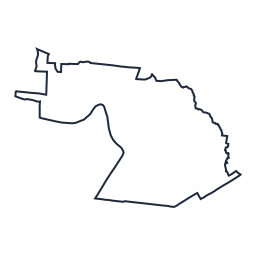 Macin, Tulcea, Romania
{"feature_id": "2599482B26463842882157", "entity_name": "Macin", "entity_type": "district", "adm_level": 2, "iso_a3": "ROU", "parent_name": "Romania", "parent_adm1": "Tulcea", "projection": "mercator", "projection_center": [28.155, 45.247], "detail": "fine", "context": "isolated", "style": "outline", "palette": "slate", "viewbox_px": 256, "rotation_deg": 0, "n_neighbors": 0, "source": "geoboundaries", "source_scale": "gbopen_adm2", "svg_char_len": 5514}
<svg xmlns="http://www.w3.org/2000/svg" viewBox="0 0 256 256"><path d="M95.1,198.4L97.7,198.8L100.5,199.0L105.5,199.8L108.1,199.9L113.0,200.7L123.2,201.8L124.7,201.2L162.0,205.4L168.2,206.0L169.1,206.2L170.2,206.5L170.7,206.6L171.3,206.6L171.8,206.7L174.0,206.9L175.7,206.2L176.6,205.7L179.4,203.8L185.2,200.2L189.8,197.3L195.9,193.7L197.3,193.0L199.2,196.5L200.7,199.0L201.0,198.8L201.9,198.3L202.9,197.9L204.5,197.0L206.4,195.6L207.6,195.0L208.4,194.5L209.0,194.1L210.3,193.6L211.2,193.1L213.8,191.5L214.3,191.2L215.0,190.8L216.9,189.4L217.9,188.8L222.6,185.9L227.6,183.0L230.7,181.1L233.6,179.3L236.1,177.7L240.1,175.1L240.4,174.8L240.6,174.5L238.5,173.3L236.1,171.0L231.5,174.2L230.2,174.9L228.9,175.6L227.9,174.2L227.8,173.8L227.8,173.6L227.8,173.3L227.7,173.0L227.4,172.4L227.2,172.0L226.9,171.6L226.6,171.4L226.4,171.4L226.2,171.4L225.9,171.3L225.9,171.2L225.9,170.7L226.0,170.3L226.0,169.9L226.0,169.5L225.8,168.7L225.3,166.5L225.1,165.9L225.0,165.2L225.0,164.7L225.2,163.7L227.2,162.9L226.8,162.1L225.7,162.1L225.8,161.3L226.0,160.6L226.6,159.8L226.9,159.4L227.1,159.0L227.4,158.5L227.5,157.9L228.7,157.9L228.5,157.0L228.3,156.0L228.3,155.4L228.3,155.0L228.4,154.6L228.6,153.6L227.5,153.5L227.6,153.0L226.6,152.8L226.0,152.6L226.0,152.4L226.0,152.1L225.9,151.5L225.8,151.4L225.8,151.2L225.8,150.5L225.8,150.4L225.7,150.3L225.1,150.2L225.3,149.0L225.8,147.7L226.1,147.8L226.3,147.7L226.4,147.4L226.9,147.5L227.0,147.4L227.1,147.2L227.3,147.0L227.6,146.8L227.7,146.7L228.0,146.6L228.0,146.1L228.4,144.0L227.8,143.8L226.9,143.5L226.2,143.2L226.0,142.9L226.1,142.4L226.4,141.2L226.6,139.9L226.8,138.9L227.3,136.1L226.6,136.0L222.0,135.4L222.1,135.0L222.1,134.2L222.3,133.7L222.2,133.2L221.9,132.7L221.8,132.1L221.6,131.6L221.6,131.4L221.6,131.2L221.4,130.2L220.7,129.6L220.6,129.4L220.3,128.2L220.1,128.0L219.9,127.8L219.7,127.4L219.6,127.1L219.4,126.7L218.9,125.8L218.9,125.6L218.7,125.5L218.2,125.2L218.1,124.4L218.0,124.2L217.8,124.2L217.6,124.2L217.4,124.1L217.0,123.8L216.9,123.7L216.3,123.9L216.1,124.0L215.9,123.9L215.5,123.7L215.4,123.7L215.3,123.3L215.2,123.1L214.4,122.8L214.2,122.8L213.6,122.7L213.2,122.6L212.9,122.3L212.7,122.2L212.5,121.7L212.4,120.8L212.3,120.1L212.2,119.6L212.1,119.1L212.0,118.8L211.9,118.3L211.7,118.0L211.4,117.8L211.0,117.2L210.6,116.8L210.3,116.2L210.0,115.6L209.9,115.4L209.7,114.6L209.7,114.4L209.4,114.1L208.8,113.7L208.1,113.4L206.8,112.9L205.2,112.4L204.4,112.4L203.6,112.4L202.8,111.6L202.4,111.0L202.0,110.5L201.8,110.2L201.5,110.0L201.0,109.8L200.0,109.3L199.6,109.2L199.3,109.1L198.5,109.4L198.3,109.5L198.2,109.4L197.6,108.9L197.2,108.5L196.9,108.4L196.5,108.4L196.3,108.4L195.9,108.5L195.7,108.4L195.7,108.0L195.7,107.6L195.6,107.4L195.4,106.9L195.2,105.6L195.2,105.4L195.3,105.1L195.5,104.6L195.6,104.3L195.7,104.0L195.9,103.1L195.8,102.8L195.0,101.7L194.4,101.1L194.2,100.7L194.1,100.4L194.1,99.8L194.2,99.2L194.2,98.5L194.6,97.3L194.6,97.1L194.6,96.7L194.2,95.9L193.9,95.8L193.8,95.7L193.7,95.6L193.9,94.6L193.7,94.2L193.4,93.6L193.1,93.1L192.8,92.9L192.6,92.1L192.2,90.7L191.9,90.2L191.1,89.1L190.9,88.9L190.6,88.8L190.0,88.7L189.4,88.6L188.1,87.7L187.4,87.2L187.0,86.9L186.8,86.5L186.5,86.3L186.3,86.4L186.0,86.5L185.3,86.8L184.9,87.0L183.9,87.0L183.5,87.1L183.2,87.4L183.0,87.6L182.4,87.2L181.5,86.8L181.1,86.5L181.0,86.4L180.8,85.9L180.4,85.3L179.6,84.4L179.5,84.2L179.4,83.6L179.2,83.1L178.8,82.6L178.1,81.8L177.6,81.3L177.3,80.9L176.9,80.5L176.8,80.2L176.7,79.9L176.4,79.9L175.6,79.8L175.1,79.7L174.9,79.8L173.9,79.9L167.3,80.2L166.1,80.4L164.7,80.7L162.4,80.9L161.2,81.1L160.4,81.1L156.4,80.8L156.0,80.0L155.4,78.3L155.2,77.7L154.8,77.2L154.3,76.8L153.8,76.2L153.4,75.8L152.4,74.5L152.1,74.3L151.8,74.3L151.7,74.5L151.7,74.9L151.6,75.7L151.3,76.2L151.0,76.7L149.9,77.6L148.9,78.1L147.7,78.6L147.0,78.9L146.1,79.3L145.2,79.4L144.1,79.6L143.2,79.5L140.1,79.3L136.3,79.1L136.1,79.0L137.2,76.0L139.6,69.3L139.9,68.1L139.3,68.1L138.7,68.0L138.2,68.0L137.5,67.9L136.5,67.7L135.0,67.6L134.6,67.7L134.4,67.7L133.6,67.6L131.6,67.5L131.1,67.4L129.1,67.3L128.3,67.3L126.1,67.0L125.3,66.9L124.6,66.8L123.5,66.7L122.7,66.7L120.8,66.5L119.5,66.3L112.5,65.3L90.4,63.0L90.3,62.7L89.9,62.2L88.4,61.7L86.4,61.6L84.0,62.1L82.6,62.2L82.2,61.9L81.0,61.8L80.0,61.9L79.8,61.9L79.5,62.2L79.1,62.7L78.6,63.1L77.8,64.1L68.8,63.8L68.7,64.2L61.3,64.0L61.0,72.0L57.6,71.8L55.5,68.5L55.4,67.4L55.0,65.0L55.1,63.2L47.4,62.9L47.8,56.1L48.8,54.0L45.6,52.7L37.1,49.1L37.2,49.3L37.4,49.9L37.8,52.2L38.0,53.6L38.0,54.1L38.0,54.5L37.9,55.2L37.4,56.8L37.2,57.5L36.5,59.4L36.4,59.8L36.1,61.7L36.1,62.7L36.2,63.8L36.5,65.5L36.6,66.2L36.5,66.7L36.1,67.9L35.4,70.0L34.9,70.8L35.0,71.0L35.4,71.2L39.4,71.4L41.8,71.5L46.8,71.7L47.0,71.7L46.8,77.9L46.7,81.7L46.5,86.6L46.4,90.8L46.2,94.7L45.4,94.6L43.9,94.3L39.5,93.5L29.6,92.7L24.0,92.1L20.3,91.7L18.3,91.7L16.4,91.2L16.2,91.4L15.7,91.8L15.4,96.3L20.8,98.3L24.6,99.5L25.0,99.5L25.3,99.5L26.5,99.1L26.8,99.0L28.9,99.4L29.2,99.4L32.4,100.0L35.4,100.9L35.5,101.0L35.8,101.1L36.9,101.4L37.2,101.6L38.1,101.6L38.9,101.7L39.2,101.7L40.0,101.5L39.6,107.0L39.7,107.9L39.7,117.6L42.8,118.5L56.3,121.5L62.0,122.6L72.1,123.3L75.5,122.9L80.0,121.1L84.0,119.6L90.3,114.0L93.0,109.7L95.5,106.4L98.3,104.9L100.6,104.3L102.8,105.0L104.1,106.6L104.9,109.2L107.3,116.8L108.0,121.8L108.0,122.1L108.1,122.3L108.7,127.4L108.8,128.2L110.7,135.1L111.5,136.8L113.1,139.8L116.4,143.7L121.2,147.6L123.0,150.5L123.6,152.7L122.5,155.6L114.2,168.3L110.6,173.5L105.8,181.0L102.6,186.4L101.3,188.5L97.6,194.6L95.1,198.4Z" fill="none" stroke="#1e293b" stroke-width="2"/></svg>